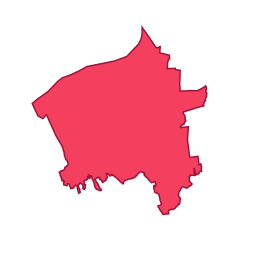 the district of Dragasani, Vâlcea, Romania, rotated 255°
{"feature_id": "2599482B20433096122329", "entity_name": "Dragasani", "entity_type": "district", "adm_level": 2, "iso_a3": "ROU", "parent_name": "Romania", "parent_adm1": "Vâlcea", "projection": "robinson", "projection_center": [24.24, 44.65], "detail": "fine", "context": "isolated", "style": "filled", "palette": "rose", "viewbox_px": 256, "rotation_deg": 255, "n_neighbors": 0, "source": "geoboundaries", "source_scale": "gbopen_adm2", "svg_char_len": 5523}
<svg xmlns="http://www.w3.org/2000/svg" viewBox="0 0 256 256"><g transform="rotate(255 128 128)"><path d="M221.5,167.7L215.9,166.2L210.9,163.9L206.5,160.2L197.4,145.4L196.2,132.0L197.5,111.6L198.0,104.4L195.7,94.8L194.3,86.9L193.4,77.5L191.5,72.7L187.3,65.8L184.0,60.4L181.4,53.6L180.6,51.5L179.7,48.8L176.4,41.8L163.0,44.2L159.2,48.1L160.0,49.7L161.2,51.5L161.7,52.6L160.4,53.0L154.9,53.8L150.5,54.6L139.2,56.4L130.0,59.0L127.4,59.6L125.7,59.8L122.5,59.8L122.2,59.9L121.3,60.0L120.5,59.9L119.8,59.7L119.0,59.6L115.4,59.7L113.8,59.8L113.4,60.2L112.8,60.5L112.0,60.6L111.3,60.8L110.2,60.9L108.3,60.9L106.9,58.5L106.0,57.1L106.2,56.9L105.4,56.6L104.3,55.7L104.1,54.7L103.9,54.6L103.9,54.4L103.7,52.9L103.8,52.3L103.4,52.4L103.3,50.5L103.1,50.1L100.9,50.5L100.1,50.6L99.8,50.3L98.7,50.5L96.2,50.6L96.1,51.0L95.9,51.3L94.3,50.5L93.4,51.8L93.8,52.0L93.0,52.7L92.0,51.8L91.6,51.5L90.4,51.3L89.7,51.3L89.6,51.7L88.3,53.4L88.3,54.0L88.2,54.3L88.7,54.6L89.9,55.1L89.5,56.3L87.3,56.8L84.2,57.1L84.4,58.3L84.1,59.1L84.1,59.5L84.5,59.6L84.9,60.1L85.0,61.1L85.4,61.3L86.1,61.5L86.4,62.3L86.4,62.6L86.1,62.9L85.7,63.2L85.1,63.5L84.2,63.8L83.8,63.8L83.1,63.4L77.7,63.5L78.1,64.5L78.1,65.1L78.3,65.2L79.4,65.3L80.1,65.1L81.1,65.5L81.8,65.5L83.1,65.1L84.0,65.1L85.2,64.9L85.9,65.2L86.1,65.6L86.2,66.2L86.5,66.6L86.9,66.7L87.2,67.0L87.1,67.4L85.9,68.9L85.5,69.2L84.6,69.5L83.7,69.6L81.1,68.7L80.5,69.2L79.9,69.5L80.4,70.6L80.7,70.8L80.9,70.7L81.1,71.1L82.3,71.6L82.7,71.6L84.4,72.3L84.6,71.8L84.8,71.0L88.3,72.1L89.0,73.3L88.4,74.4L88.7,74.9L88.8,75.3L89.1,75.6L89.6,75.8L90.6,75.8L91.1,76.3L91.6,76.5L91.5,76.8L89.5,77.4L89.1,77.9L89.7,78.7L90.3,78.7L92.4,78.3L91.1,79.7L90.8,80.1L90.8,80.4L90.6,80.4L90.0,80.5L88.4,80.3L87.3,80.2L86.5,80.7L85.4,80.9L79.0,80.9L77.6,81.4L77.0,81.8L76.2,82.7L75.6,83.8L74.7,84.6L75.0,86.3L76.5,85.9L76.6,85.6L77.7,85.0L78.0,85.1L82.4,84.4L83.0,84.0L83.4,83.9L83.6,83.7L87.1,82.8L87.3,83.4L88.2,86.0L87.6,86.2L87.6,86.7L87.7,87.3L87.6,87.7L87.5,87.8L86.8,87.8L86.2,87.5L85.5,87.4L85.3,87.5L84.7,88.8L84.3,89.1L83.6,89.3L83.2,89.4L82.9,89.0L82.0,89.3L82.6,91.0L83.2,93.2L83.4,93.4L84.3,93.5L84.5,93.7L84.9,94.6L85.4,95.3L85.6,95.4L86.6,95.4L87.9,95.4L89.8,95.1L89.8,95.3L89.4,95.8L89.1,96.4L88.3,97.2L87.7,97.4L87.0,97.5L86.5,97.7L86.4,98.1L86.6,98.1L86.8,98.4L86.9,99.3L87.2,99.7L87.5,99.8L87.4,99.9L86.6,100.2L86.2,100.4L86.6,101.2L84.3,102.7L84.4,102.9L84.3,103.0L80.4,105.3L77.4,107.2L75.4,108.6L75.3,108.9L75.4,109.1L75.6,109.3L77.2,110.1L77.6,110.4L77.9,111.0L78.3,112.9L78.1,113.9L78.3,114.6L78.5,116.2L78.1,117.6L78.2,118.5L78.5,119.5L78.4,119.8L78.3,120.2L78.5,121.8L78.9,122.1L79.0,122.6L79.2,122.9L79.9,124.2L81.2,125.9L81.9,127.3L82.6,128.5L82.0,129.7L81.6,130.4L81.6,130.6L81.2,131.4L80.7,131.9L80.3,132.2L79.7,131.4L78.6,132.3L78.1,131.6L76.0,132.7L76.1,132.9L73.3,134.3L71.6,135.1L71.4,135.4L70.5,135.7L69.1,136.5L69.2,140.2L67.9,140.3L65.0,140.2L64.8,139.6L64.7,138.5L65.7,138.3L65.5,138.1L65.3,137.9L64.5,137.5L62.5,137.2L61.5,137.4L58.8,137.3L56.7,140.3L54.2,140.6L52.5,140.5L49.7,140.3L45.8,140.6L45.0,139.4L45.0,138.4L45.2,137.7L45.2,137.3L44.9,136.9L44.7,136.6L43.2,137.0L39.5,138.0L39.5,138.3L37.2,138.9L37.2,139.1L35.3,139.5L35.2,141.1L35.2,143.2L34.7,144.0L34.5,144.8L34.5,145.1L36.1,145.4L37.1,145.4L37.9,146.5L38.1,147.2L38.1,147.8L38.3,148.2L38.2,148.8L37.8,149.6L37.9,150.0L37.6,150.2L38.0,151.9L38.3,152.6L38.5,153.1L39.3,154.0L39.9,155.3L40.7,156.6L40.8,157.0L41.1,157.9L41.8,157.8L42.2,158.3L42.1,158.6L45.1,159.7L45.7,160.2L46.0,160.4L48.8,159.5L49.6,159.4L50.1,159.1L50.3,159.2L50.5,159.3L51.4,160.1L52.0,160.3L53.0,160.6L53.5,161.2L53.9,161.9L54.3,162.3L56.6,164.4L56.9,164.8L56.8,166.3L56.5,166.8L55.2,168.2L55.0,168.6L54.8,169.8L55.8,172.0L56.0,172.9L56.5,174.2L56.8,174.7L57.3,175.4L60.7,173.6L62.1,174.0L64.2,174.3L65.1,174.5L65.0,175.2L66.2,175.6L66.4,175.8L66.1,176.7L65.9,177.5L65.4,178.6L64.9,180.0L67.1,180.3L71.4,181.1L71.6,181.2L71.7,181.4L71.6,181.6L71.3,181.6L65.1,181.5L65.4,182.5L65.5,184.8L66.2,184.9L66.7,185.1L66.9,185.3L67.2,185.9L67.2,186.6L67.0,187.8L68.4,187.9L69.1,188.1L71.3,188.9L73.1,189.0L74.5,189.0L74.2,187.1L79.6,187.8L82.5,188.2L82.6,187.5L83.4,180.9L83.9,180.0L95.1,181.6L101.0,182.3L113.6,186.6L114.8,178.9L115.5,178.9L116.1,179.1L116.1,179.5L116.3,180.3L116.7,180.8L116.9,181.3L117.2,182.3L117.2,183.1L117.5,183.4L118.6,183.8L118.7,184.1L118.9,184.4L119.5,184.8L119.6,185.2L119.7,185.5L120.7,185.8L121.1,185.5L122.1,185.7L125.0,186.1L125.9,186.0L126.3,185.6L126.9,185.4L127.6,185.2L129.0,185.2L129.3,188.4L129.6,196.4L129.8,198.4L129.9,203.9L129.8,207.1L130.5,207.1L131.2,206.8L132.3,207.9L133.2,208.2L133.5,208.4L133.6,209.0L134.3,209.3L134.5,209.5L134.3,209.8L134.4,210.0L134.6,210.1L135.0,210.0L135.4,210.0L135.9,210.2L136.6,210.8L137.9,211.6L138.2,212.1L138.8,212.0L139.3,212.4L140.1,212.5L140.5,213.0L141.1,213.1L141.9,212.7L144.3,213.0L144.7,213.2L145.4,213.9L146.8,214.2L147.4,214.2L148.7,213.8L148.6,213.5L147.9,212.3L147.2,209.7L146.2,205.4L146.1,204.5L148.5,195.6L148.5,195.4L148.4,194.8L148.5,194.4L148.7,194.1L149.5,190.9L149.9,188.6L150.1,187.9L159.1,189.8L164.1,191.6L164.3,191.5L164.8,191.6L169.0,192.9L169.8,193.3L170.2,193.3L171.8,189.6L172.3,188.9L173.4,189.1L175.1,181.3L176.0,181.6L180.2,183.0L181.0,183.1L182.0,183.7L182.2,184.1L183.9,184.8L183.9,185.1L183.8,185.5L183.9,186.0L186.9,186.7L187.6,186.8L189.3,183.8L192.3,178.1L198.3,180.2L198.4,179.4L198.0,178.9L197.9,178.6L197.8,178.1L197.8,177.5L197.9,176.8L198.2,176.2L199.0,175.7L211.7,171.3L221.5,167.7Z" fill="#f43f5e" stroke="#9f1239" stroke-width="1.5"/></g></svg>